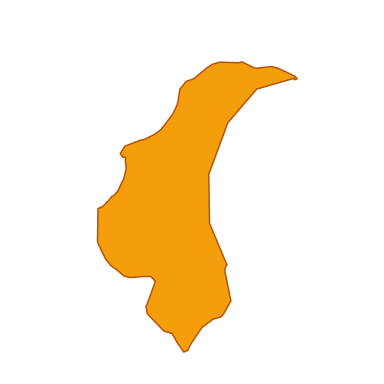 Tanta 1, Al Gharbiyah, Egypt (Equal Earth projection), rotated 205°
{"feature_id": "37247803B50363997957176", "entity_name": "Tanta 1", "entity_type": "district", "adm_level": 2, "iso_a3": "EGY", "parent_name": "Egypt", "parent_adm1": "Al Gharbiyah", "projection": "equal_earth", "projection_center": [31.01, 30.795], "detail": "fine", "context": "isolated", "style": "filled", "palette": "amber", "viewbox_px": 384, "rotation_deg": 205, "n_neighbors": 0, "source": "geoboundaries", "source_scale": "gbopen_adm2", "svg_char_len": 1305}
<svg xmlns="http://www.w3.org/2000/svg" viewBox="0 0 384 384"><g transform="rotate(205 192 192)"><path d="M129.5,140.7L162.9,171.0L164.4,174.1L179.5,205.2L183.6,213.7L184.3,215.1L187.2,250.7L188.8,269.9L185.0,283.5L176.8,312.7L147.5,338.2L146.6,337.1L144.6,339.0L147.4,340.4L150.6,340.4L155.9,340.5L166.5,340.5L172.9,339.3L186.8,330.9L191.0,330.9L201.7,331.0L204.9,328.5L208.1,327.3L221.9,321.3L227.3,316.5L230.5,311.7L235.8,300.8L237.9,295.9L240.1,293.5L243.6,290.3L244.4,288.7L245.4,283.8L246.5,280.2L243.3,269.3L242.3,264.4L242.3,259.6L242.3,254.7L245.2,241.5L246.6,235.3L249.8,229.2L257.3,219.6L260.5,217.2L271.2,206.3L272.2,205.1L273.3,196.6L269.1,194.1L266.9,195.4L264.8,190.5L263.8,189.3L261.6,185.6L260.6,180.8L259.5,175.9L259.6,168.6L259.6,165.6L259.7,160.9L259.9,160.4L261.7,155.3L262.8,154.1L263.9,149.2L267.1,140.7L270.2,137.2L256.5,106.7L248.0,99.4L241.6,94.5L234.2,90.9L226.8,89.6L218.2,87.1L211.9,88.3L207.6,90.7L201.2,94.4L193.7,98.0L190.1,96.6L189.8,96.4L187.4,95.5L185.3,71.2L185.3,68.8L181.0,62.7L168.3,57.8L158.7,54.1L150.2,55.3L141.7,49.2L131.8,43.5L128.9,46.7L128.9,49.1L128.9,52.8L127.8,60.1L126.7,67.3L125.7,73.4L119.3,85.5L113.9,90.3L112.9,91.5L111.8,95.2L110.7,109.7L128.7,134.1L129.8,136.5L129.8,138.6L129.5,140.7Z" fill="#f59e0b" stroke="#b45309" stroke-width="1.5"/></g></svg>